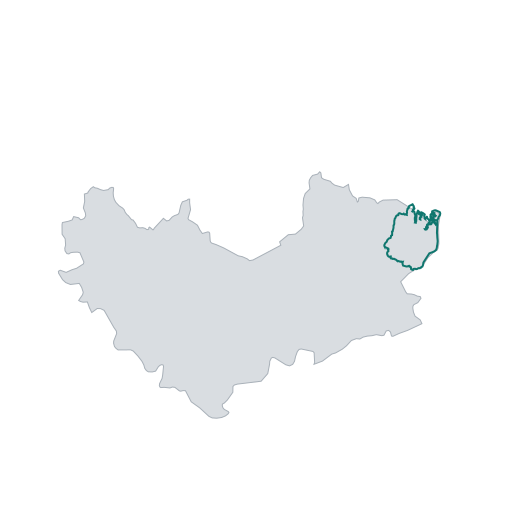 Boke, Boke, Guinea (highlighted), rotated 153°
{"feature_id": "49546643B57120226425021", "entity_name": "Boke", "entity_type": "district", "adm_level": 2, "iso_a3": "GIN", "parent_name": "Guinea", "parent_adm1": "Boke", "projection": "albers", "projection_center": [-14.504, 11.069], "detail": "fine", "context": "in_parent", "style": "outline", "palette": "teal", "viewbox_px": 512, "rotation_deg": 153, "n_neighbors": 0, "source": "geoboundaries", "source_scale": "gbopen_adm2", "svg_char_len": 9222}
<svg xmlns="http://www.w3.org/2000/svg" viewBox="0 0 512 512"><g transform="rotate(153 256 256)"><path d="M310.5,329.0L306.7,328.5L305.0,329.3L300.0,335.3L297.0,337.7L292.2,337.0L290.6,337.4L289.3,336.8L291.0,333.5L293.3,327.0L299.5,320.4L299.6,319.0L297.0,315.2L294.2,310.0L294.2,304.5L293.6,300.4L288.1,299.4L287.1,298.7L286.9,297.4L289.9,290.4L290.1,289.0L289.7,287.7L286.3,284.2L281.0,277.7L271.8,264.3L268.4,261.5L265.1,257.4L263.9,254.8L260.5,253.8L229.0,254.3L228.5,257.9L217.6,260.3L210.9,257.6L203.5,259.3L199.9,261.1L197.2,269.0L195.6,270.7L194.0,274.3L192.6,276.2L191.0,280.1L187.5,285.7L183.8,289.3L177.5,291.3L175.5,297.1L174.1,299.3L171.6,301.0L169.0,302.1L163.9,301.0L161.0,302.1L160.5,300.6L162.1,296.0L160.8,293.6L155.8,288.8L155.3,286.5L153.8,283.5L147.2,277.4L141.1,277.8L142.8,272.6L142.7,265.7L140.6,261.9L141.2,258.1L140.0,258.3L138.0,261.0L134.7,260.2L128.1,256.1L124.7,252.1L124.3,248.7L123.6,247.4L121.6,248.1L117.4,248.1L104.7,242.1L95.7,227.0L95.5,223.6L96.8,217.7L96.5,216.1L92.4,220.0L91.6,217.4L88.5,211.3L87.5,207.8L84.5,206.3L82.1,206.0L80.2,207.1L77.7,214.2L75.9,214.2L74.0,212.7L74.4,207.4L79.3,200.8L87.4,184.0L90.3,180.2L92.1,178.9L96.0,178.7L103.5,176.5L112.6,171.3L119.7,171.7L128.0,171.0L138.8,167.4L138.9,156.2L138.5,153.7L134.7,151.5L132.4,149.5L130.5,147.0L128.1,145.3L128.2,143.4L133.0,141.0L137.4,141.0L138.9,140.1L139.9,138.5L141.2,134.5L141.6,130.2L138.7,124.5L138.9,120.4L154.7,120.9L163.4,122.0L170.5,122.3L171.6,123.2L170.7,127.2L171.6,129.5L174.0,130.1L178.0,127.3L180.1,127.9L184.5,131.3L188.7,132.3L193.2,134.1L197.4,135.1L201.2,134.9L204.1,136.8L209.4,137.4L216.2,134.9L221.5,133.8L229.1,133.5L233.0,134.2L244.5,132.2L253.5,133.2L252.1,134.5L248.1,143.5L248.6,145.1L257.9,152.6L260.0,153.2L262.5,152.1L266.4,148.5L269.5,144.7L272.5,142.8L276.0,142.9L278.8,145.5L285.5,156.7L287.2,158.1L288.7,158.1L291.6,155.9L293.0,153.5L298.9,145.9L308.3,142.1L330.7,150.3L333.9,150.9L335.8,150.2L338.5,145.1L346.9,140.7L350.9,139.4L353.2,139.3L354.0,137.9L354.4,135.8L353.9,133.7L351.3,129.9L351.2,128.8L352.6,128.0L355.8,127.4L359.9,127.7L364.6,129.3L368.5,131.6L370.7,134.4L375.1,146.2L379.9,155.5L380.0,168.0L382.1,169.2L384.4,169.7L385.5,170.6L387.9,175.8L390.0,177.2L392.6,177.5L397.5,180.7L400.6,182.0L401.1,182.9L401.0,184.3L399.8,186.1L395.2,189.6L393.0,192.6L388.4,199.8L388.3,201.1L389.3,202.0L391.3,202.2L393.4,201.6L397.7,199.0L401.1,199.8L404.5,201.7L405.7,203.7L406.1,206.4L405.4,209.9L405.4,213.8L406.6,220.4L408.5,227.0L410.3,229.3L421.5,234.9L422.6,237.1L423.2,239.5L422.5,242.9L421.4,244.8L415.4,250.1L414.5,252.5L415.1,257.1L416.0,276.5L418.4,279.7L421.3,281.3L428.0,280.2L427.9,285.6L427.1,291.6L431.1,293.4L433.1,295.2L434.2,296.9L428.1,300.2L426.4,302.1L425.6,307.2L425.9,311.8L434.3,314.9L437.6,318.7L439.1,322.7L439.7,330.3L439.0,332.1L436.9,332.2L432.6,327.6L426.2,327.3L421.4,326.5L413.4,327.3L412.1,328.7L411.4,338.8L413.3,340.5L417.2,342.3L419.7,343.1L421.8,342.8L423.4,344.0L423.8,347.3L422.8,349.8L420.7,352.1L418.2,358.0L418.9,363.4L414.6,372.0L413.3,373.7L407.3,372.1L403.4,371.6L400.6,373.9L396.7,370.6L395.9,368.0L394.5,367.5L391.9,367.5L389.5,369.1L388.5,371.8L388.0,377.2L383.8,382.5L380.8,389.1L377.3,388.5L376.5,389.3L372.7,391.1L369.5,391.6L368.6,389.9L366.7,388.5L364.5,385.8L362.1,383.6L357.5,382.2L355.7,382.9L353.5,382.7L352.1,381.9L352.3,380.6L354.6,377.1L355.9,374.0L356.6,370.6L356.5,367.4L355.2,362.9L353.1,359.3L352.5,357.2L352.7,354.2L352.2,351.5L351.5,350.0L350.4,344.8L349.2,343.9L348.5,339.7L348.6,335.4L346.8,333.8L344.0,332.6L342.3,331.0L341.3,329.1L340.2,328.6L339.4,328.7L338.6,329.9L337.7,330.1L336.0,326.1L335.3,326.0L334.2,326.9L321.4,331.6L319.7,327.8L317.2,327.2L313.0,328.8L310.5,329.0Z" fill="#d9dde1" stroke="#a8b0b8" stroke-width="1"/><path d="M129.7,211.3L131.9,210.5L133.0,209.4L135.0,208.8L136.7,207.5L137.1,206.7L137.1,206.2L136.9,206.5L137.1,205.6L136.9,205.3L134.7,202.5L134.8,201.9L135.2,201.6L135.6,201.7L135.7,200.3L136.2,200.1L137.4,199.7L138.3,198.3L138.2,197.6L138.5,196.7L138.2,195.5L137.7,194.8L136.5,194.6L136.1,194.4L136.5,193.8L136.9,193.3L137.0,192.9L136.9,192.6L136.5,192.5L135.9,191.7L135.6,191.8L135.2,191.4L135.1,191.1L134.2,190.8L134.0,190.3L133.5,189.9L133.4,189.5L132.9,189.1L132.5,188.2L132.5,187.6L132.0,187.2L132.0,186.9L131.2,186.8L130.9,186.3L130.1,185.6L130.1,185.4L129.6,185.1L129.2,185.2L128.9,184.9L128.8,184.2L128.5,184.2L128.1,184.3L127.8,184.2L128.2,183.8L128.4,183.7L129.1,182.1L129.3,180.7L126.8,178.4L125.9,178.0L124.6,177.9L124.0,177.7L124.1,176.8L123.4,176.5L123.4,176.2L123.1,175.9L123.3,174.9L123.8,174.1L123.5,173.3L122.5,172.3L121.6,173.0L120.2,172.5L119.7,172.1L119.5,171.7L118.9,171.4L118.5,171.3L116.9,171.4L116.6,171.3L116.4,171.1L115.5,170.7L114.7,170.9L114.1,170.7L113.7,171.0L113.4,171.1L112.6,171.0L111.9,171.6L111.2,172.2L109.8,174.2L100.3,179.7L97.2,179.3L95.0,179.2L92.7,179.7L91.2,181.2L90.0,183.0L89.5,183.5L87.4,186.7L86.0,190.3L84.8,193.0L84.3,194.4L80.2,201.7L80.6,202.1L81.3,202.6L81.5,202.5L81.5,202.8L81.5,203.1L81.9,203.7L82.1,204.4L82.1,205.1L82.4,205.9L82.8,206.3L83.0,206.2L83.2,206.3L83.4,206.3L84.0,205.9L84.5,205.4L84.8,205.3L85.2,204.9L85.8,204.8L86.4,205.1L86.3,205.5L86.6,205.7L87.5,205.6L87.9,205.6L88.5,205.9L88.8,205.9L90.1,204.2L89.8,203.7L89.9,203.4L91.4,202.5L92.0,202.5L92.1,202.3L92.7,202.4L92.8,202.8L93.3,202.9L93.4,203.2L93.4,203.3L93.0,203.1L92.2,203.1L91.7,203.2L91.6,203.3L91.7,203.8L91.6,204.2L91.4,204.5L91.2,204.7L90.7,204.8L90.4,204.9L89.3,206.3L88.7,206.4L88.3,206.3L87.9,206.3L87.7,206.4L87.1,207.1L86.7,207.2L86.1,207.7L85.7,207.7L85.6,207.9L85.5,208.2L85.6,209.0L85.6,210.1L85.9,210.7L86.0,211.1L86.0,211.3L86.2,211.8L85.9,213.3L86.0,213.4L86.6,213.2L87.2,213.2L87.5,213.2L87.9,212.7L88.3,212.0L88.6,212.6L88.4,213.5L88.3,214.1L88.2,214.6L87.9,215.6L87.4,216.2L87.2,216.3L86.9,216.2L86.8,216.4L87.6,218.2L87.9,218.6L88.2,218.8L88.3,219.2L88.9,219.9L89.1,219.7L89.2,219.3L89.1,218.4L89.3,217.7L89.5,217.1L89.8,217.0L90.0,216.6L90.6,216.1L90.9,215.9L91.7,215.6L92.3,215.2L92.6,214.9L93.0,213.9L93.4,214.4L92.9,215.5L92.5,215.9L91.6,216.2L91.1,216.5L90.7,218.4L90.1,219.5L91.1,219.9L91.8,219.6L92.0,219.9L91.7,220.3L91.7,220.5L91.4,220.7L91.2,220.5L90.9,220.5L90.7,220.7L90.7,220.9L90.9,221.7L90.8,221.8L91.0,222.1L91.0,222.7L91.1,222.8L91.5,222.5L91.8,222.4L93.1,221.0L93.6,220.6L94.4,220.3L94.8,219.0L95.7,217.5L96.5,216.1L96.6,215.7L97.5,214.2L98.1,213.7L98.5,213.1L99.1,213.6L98.8,213.8L98.4,215.2L98.2,215.5L98.1,216.0L97.4,217.5L96.8,218.4L96.2,218.7L95.6,219.5L95.6,219.8L95.3,220.4L95.5,220.8L95.4,221.6L95.0,222.7L94.8,223.4L95.0,224.2L95.3,224.5L96.4,224.5L96.5,224.8L95.9,225.0L95.3,225.5L95.2,225.7L94.8,226.2L94.4,226.1L94.1,226.3L93.9,226.6L93.7,226.5L93.5,226.2L93.3,226.3L93.2,226.7L93.2,227.0L93.3,227.2L93.5,227.2L93.6,227.5L93.3,228.1L93.1,228.1L93.0,228.4L92.8,228.6L92.8,228.8L93.1,230.1L92.9,230.7L93.0,231.0L93.6,231.0L93.7,230.7L95.0,231.0L96.6,231.0L97.1,230.9L97.5,230.6L97.7,229.9L98.0,229.5L98.4,229.3L98.9,229.2L99.0,229.5L99.8,229.1L100.1,228.5L101.3,227.3L101.7,226.1L102.8,224.8L103.0,224.2L103.6,224.7L103.7,225.3L104.2,225.3L104.9,225.5L105.1,226.5L105.3,226.4L106.1,226.6L106.8,226.9L107.7,227.8L108.4,228.8L108.7,229.0L109.2,229.1L109.8,229.0L110.5,227.9L110.8,227.8L111.3,227.9L111.7,228.2L112.7,228.1L113.7,227.4L114.8,226.4L115.1,226.4L115.6,226.1L116.3,225.0L116.8,224.6L118.2,221.9L118.9,221.1L119.5,220.9L120.7,218.7L122.2,216.9L122.6,216.6L122.9,216.0L123.2,215.8L123.5,216.0L123.8,215.9L124.2,214.8L124.8,213.6L125.3,212.8L125.7,212.9L126.5,212.7L126.9,212.0L127.1,211.9L127.9,211.0L129.7,211.3ZM80.3,209.6L81.2,208.0L81.2,207.8L80.2,206.8L78.8,205.6L78.4,205.6L78.0,206.0L77.2,206.3L76.2,207.0L76.1,207.4L75.6,207.9L75.0,208.2L74.2,208.4L73.4,209.0L73.2,209.4L72.7,209.9L72.5,210.3L72.3,211.2L72.3,211.6L72.6,212.1L74.9,214.9L75.4,215.3L75.8,215.5L77.4,215.8L78.0,215.7L78.3,215.8L78.8,215.8L78.9,215.5L79.4,214.8L79.4,214.6L79.0,214.1L78.8,214.1L78.6,213.9L78.4,214.0L78.3,213.9L78.4,213.7L77.8,213.5L77.5,213.2L77.9,212.6L78.3,212.7L78.3,212.3L78.1,212.2L78.1,211.7L77.9,211.4L77.9,210.6L77.6,210.2L78.0,210.0L78.4,211.0L78.5,211.2L78.8,211.3L79.0,211.2L79.3,210.7L79.8,210.3L80.3,209.6ZM81.3,213.8L81.9,213.4L82.0,212.7L82.3,212.3L82.4,212.2L82.1,211.9L82.0,211.3L82.2,210.9L82.0,210.7L81.7,210.6L81.3,210.1L82.1,209.1L82.0,208.5L81.6,208.4L81.3,208.6L81.1,209.0L81.0,209.6L80.7,210.0L79.6,211.2L79.9,212.5L79.8,212.8L80.3,213.0L80.6,213.6L80.8,213.8L81.3,213.8ZM81.4,204.3L80.7,203.2L79.9,202.1L78.8,204.2L78.5,205.0L78.2,205.5L78.6,205.4L79.1,205.7L80.3,206.6L80.6,206.6L81.3,206.1L81.4,205.9L81.4,204.3ZM83.7,209.2L83.7,208.6L83.3,207.7L83.2,207.5L82.8,207.3L82.5,207.2L82.1,207.4L82.0,207.6L82.1,208.2L82.6,208.6L82.5,209.1L82.9,209.5L83.3,209.5L83.4,209.4L83.7,209.5L83.7,209.2ZM82.6,211.6L82.8,211.5L82.6,211.1L82.9,210.6L82.7,210.1L82.9,209.9L82.4,209.5L82.1,209.5L81.8,209.7L81.6,210.2L82.1,210.5L82.4,211.3L82.6,211.6ZM81.5,207.1L81.4,206.4L81.1,206.5L80.8,206.7L80.8,206.9L81.0,207.0L81.4,207.2L81.5,207.1ZM90.9,204.2L91.0,204.1L90.8,203.7L90.6,203.7L90.4,204.0L90.5,204.1L90.9,204.2ZM86.2,207.4L86.2,207.2L85.7,207.3L85.6,207.5L85.8,207.6L86.2,207.4ZM97.4,216.0L97.4,215.8L97.1,216.3L97.3,216.4L97.4,216.0Z" fill="none" stroke="#0f766e" stroke-width="2"/></g></svg>